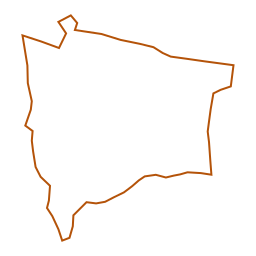 Estância Velha, Rio Grande do Sul, Brazil (Natural Earth projection)
{"feature_id": "56859067B57024538505568", "entity_name": "Estância Velha", "entity_type": "district", "adm_level": 2, "iso_a3": "BRA", "parent_name": "Brazil", "parent_adm1": "Rio Grande do Sul", "projection": "natural_earth1", "projection_center": [-51.188, -29.652], "detail": "fine", "context": "isolated", "style": "outline", "palette": "amber", "viewbox_px": 256, "rotation_deg": 0, "n_neighbors": 0, "source": "geoboundaries", "source_scale": "gbopen_adm2", "svg_char_len": 806}
<svg xmlns="http://www.w3.org/2000/svg" viewBox="0 0 256 256"><path d="M101.5,34.0L74.9,30.0L77.2,23.0L70.8,15.4L58.4,21.9L66.1,33.4L59.0,48.0L41.2,41.5L22.5,35.4L27.4,65.5L27.8,83.1L31.8,101.2L30.8,109.7L25.3,125.6L32.6,131.0L31.8,140.7L33.1,151.4L35.6,167.0L40.6,176.8L50.0,185.8L48.9,200.5L47.0,208.0L52.3,216.1L58.4,229.2L62.2,240.6L69.5,237.8L72.8,226.3L73.4,215.3L86.5,202.2L96.1,203.4L105.1,201.8L114.2,197.1L123.9,192.4L132.0,186.3L138.8,180.4L144.7,176.4L155.8,174.8L165.9,177.5L173.8,175.6L180.1,174.4L187.5,172.3L200.9,173.1L211.4,174.7L210.3,160.5L209.0,142.0L207.7,131.5L209.0,121.6L210.7,109.0L213.4,93.4L220.7,89.8L230.8,86.4L233.5,65.2L221.5,63.6L205.0,61.4L186.1,58.7L170.7,56.6L162.7,53.0L153.5,47.2L140.1,43.9L120.6,39.9L101.5,34.0Z" fill="none" stroke="#b45309" stroke-width="2"/></svg>